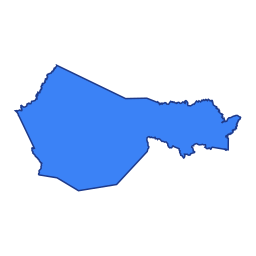 Derwent Valley, Tasmania, Australia
{"feature_id": "25037944B77062531378131", "entity_name": "Derwent Valley", "entity_type": "district", "adm_level": 2, "iso_a3": "AUS", "parent_name": "Australia", "parent_adm1": "Tasmania", "projection": "robinson", "projection_center": [146.703, -42.804], "detail": "fine", "context": "isolated", "style": "filled", "palette": "blue", "viewbox_px": 256, "rotation_deg": 0, "n_neighbors": 0, "source": "geoboundaries", "source_scale": "gbopen_adm2", "svg_char_len": 5827}
<svg xmlns="http://www.w3.org/2000/svg" viewBox="0 0 256 256"><path d="M219.6,111.0L218.9,109.9L218.8,110.0L218.9,109.4L217.3,109.0L217.4,108.4L216.6,108.3L216.7,108.0L216.2,107.9L216.5,106.7L215.6,106.5L213.3,104.9L212.8,102.5L212.5,102.5L212.1,101.4L212.5,101.3L212.3,100.6L211.3,100.9L211.2,100.5L210.0,100.8L209.8,100.4L208.3,99.3L207.4,100.7L206.7,100.2L206.8,100.0L205.8,99.4L204.8,100.5L203.7,99.7L202.8,100.7L202.0,100.1L200.6,101.9L198.9,100.8L198.1,102.0L196.5,101.0L194.2,104.2L193.8,104.0L193.2,104.2L191.1,105.6L190.2,105.9L189.1,105.6L188.0,105.6L187.6,104.5L187.8,103.3L187.6,102.4L186.5,101.0L185.9,100.6L185.2,100.9L184.7,101.5L184.8,102.0L185.5,102.8L185.1,103.4L183.8,102.3L182.8,101.9L181.5,103.1L180.7,103.4L180.0,103.4L179.5,102.7L178.8,102.3L178.1,102.4L177.6,102.8L177.1,102.6L176.8,102.8L176.7,103.3L176.3,103.4L176.0,103.0L174.9,102.8L174.3,102.1L173.6,102.4L172.8,102.4L172.5,102.1L173.1,101.9L172.6,101.7L171.6,101.9L171.6,101.7L171.1,101.6L170.7,101.3L169.6,102.7L168.9,103.9L168.4,104.3L166.7,104.0L166.3,103.6L166.3,103.2L165.9,102.9L165.0,102.6L164.1,103.2L163.0,103.3L162.7,103.7L162.6,103.4L161.9,103.1L161.0,103.5L161.3,104.0L161.0,104.1L160.7,104.0L160.4,103.4L160.0,103.3L159.7,103.7L159.9,104.2L159.7,104.5L159.2,103.9L159.3,103.2L158.4,102.7L158.4,102.4L157.7,101.9L157.6,102.3L157.2,102.3L146.8,98.2L125.6,98.6L56.7,65.3L56.8,65.7L56.3,66.7L55.5,67.3L55.4,68.1L54.6,68.0L54.1,68.3L54.1,69.0L53.9,69.3L54.2,69.7L53.2,70.4L53.1,71.0L52.3,71.3L52.4,71.6L51.9,71.6L51.2,73.0L50.9,73.2L50.6,73.1L50.3,73.4L49.1,73.6L48.7,74.1L48.1,74.1L47.8,74.5L47.5,74.5L47.4,75.0L47.0,75.1L46.9,75.7L47.4,76.2L47.4,76.7L47.6,77.0L47.2,77.3L47.1,78.3L46.0,78.7L46.1,78.9L46.5,79.1L46.6,79.4L45.7,79.4L45.9,79.7L45.4,79.8L45.1,80.3L45.0,80.6L45.2,82.0L44.6,82.0L44.5,82.9L43.5,83.5L42.5,83.4L42.4,83.6L43.1,83.8L42.5,84.2L42.4,84.7L42.5,85.2L42.1,85.5L41.7,85.4L41.7,85.8L41.1,86.4L41.3,86.9L41.2,87.1L41.8,87.6L41.7,88.8L41.4,89.3L41.0,89.2L41.0,89.7L40.5,89.8L40.3,90.4L40.4,90.8L40.0,90.9L39.8,91.5L39.9,92.6L39.1,92.9L38.5,92.4L37.9,92.2L37.7,93.6L37.9,93.9L37.4,94.2L37.6,95.2L37.1,95.1L37.0,94.0L36.2,95.1L36.0,96.0L36.1,96.6L37.1,96.9L36.6,97.9L37.0,98.6L36.9,99.1L35.9,99.0L35.1,100.5L32.8,101.2L31.8,101.2L31.4,101.8L31.2,103.0L30.8,103.7L29.8,103.7L29.1,103.2L29.0,103.7L27.8,103.6L27.4,104.1L27.0,104.1L26.9,104.5L27.0,104.8L26.7,105.9L25.1,106.9L23.9,107.2L22.7,106.5L21.4,105.4L20.9,105.7L21.1,106.3L20.9,107.0L21.2,107.3L21.0,107.8L21.7,108.2L21.5,109.0L22.0,109.9L21.6,110.2L21.6,110.6L21.1,110.7L20.9,110.3L20.4,110.4L19.6,110.0L19.1,110.4L18.1,110.6L17.4,111.2L16.8,110.6L15.4,110.8L17.0,112.3L18.1,113.9L18.5,115.6L18.9,115.9L34.4,148.3L33.5,148.6L32.8,147.9L32.1,147.9L31.9,148.2L31.9,148.8L32.1,149.5L32.0,150.7L32.9,151.7L33.0,152.4L32.8,152.6L33.0,153.3L33.7,153.7L34.2,154.5L34.7,154.8L35.2,155.6L35.2,155.9L35.6,156.2L35.6,156.5L36.1,156.7L36.4,157.2L37.2,157.6L37.2,157.9L37.5,158.0L37.9,158.6L38.2,158.8L38.2,159.2L38.9,159.6L39.4,160.9L40.3,161.7L40.2,162.0L40.8,162.8L41.5,162.8L41.8,163.2L41.4,163.5L41.3,164.9L41.5,165.5L41.0,166.4L41.1,167.1L41.0,167.5L41.2,168.0L40.6,169.1L39.1,170.6L39.1,171.7L39.4,172.4L39.1,173.1L38.7,173.4L38.6,174.3L39.0,174.6L39.1,174.9L57.0,177.8L78.5,190.7L116.6,184.5L147.2,151.5L147.9,148.8L148.6,148.1L148.8,147.1L148.8,146.6L148.0,145.8L147.9,142.4L147.2,141.9L147.2,141.0L146.8,140.2L146.9,139.3L147.1,137.7L148.5,136.7L149.5,136.7L150.1,137.6L151.5,137.1L152.0,137.6L152.7,137.6L153.1,137.8L155.1,137.3L155.3,137.6L155.1,138.6L155.3,138.8L157.1,138.7L157.5,138.9L157.7,139.4L158.1,138.9L158.9,138.7L160.0,139.3L161.9,141.4L162.8,141.3L164.2,141.8L164.5,142.1L166.0,141.9L167.7,143.7L167.8,145.3L168.3,146.0L168.4,146.7L169.8,147.9L170.5,147.7L171.6,147.8L172.4,146.7L172.6,146.1L173.1,145.9L174.1,146.7L178.9,148.6L179.2,148.8L179.1,149.9L179.4,150.4L180.1,151.0L179.6,151.9L180.0,153.1L180.6,153.6L180.5,154.0L180.7,155.2L182.1,155.8L183.6,158.0L184.2,157.7L184.6,156.9L184.9,155.5L184.5,154.2L186.3,154.3L187.2,154.2L188.2,155.1L189.7,155.1L190.1,155.0L190.4,154.1L190.8,153.6L191.4,153.6L192.4,153.0L193.8,152.8L194.5,152.5L194.7,151.9L194.6,151.7L193.1,150.9L193.3,150.2L192.7,147.9L191.7,147.3L191.7,147.0L191.9,146.3L192.7,145.7L193.6,145.8L193.7,145.0L194.3,144.4L196.3,143.6L196.9,143.6L197.6,144.2L199.2,144.9L201.3,144.7L202.3,144.3L203.5,144.8L205.4,144.7L205.4,145.4L205.7,146.0L204.9,147.2L205.7,147.4L206.2,148.3L206.6,148.6L208.0,148.7L208.3,148.2L208.8,148.3L209.3,148.0L210.3,148.4L210.2,148.7L210.4,149.2L211.2,148.9L211.7,147.6L212.2,147.2L225.0,149.3L225.0,149.1L225.8,149.2L225.6,150.1L226.0,150.2L226.1,149.6L228.2,149.8L228.3,138.3L227.4,138.1L227.6,137.0L225.8,136.8L226.0,136.0L226.6,136.1L226.7,135.7L226.9,135.7L227.0,135.5L227.7,135.6L227.9,134.6L228.6,134.7L228.8,134.1L230.1,134.3L230.3,133.4L231.1,133.6L231.1,133.2L232.0,133.2L232.6,132.1L232.9,132.2L233.0,131.7L232.5,130.8L233.1,130.5L232.8,130.1L233.6,129.7L233.8,130.0L234.0,129.6L234.9,129.8L235.1,129.0L235.5,129.0L235.6,128.4L236.4,128.5L236.4,128.1L236.1,128.0L236.2,127.6L235.8,127.5L235.9,126.8L236.4,126.8L236.6,125.7L237.1,125.8L237.2,125.1L236.9,124.7L236.5,124.6L236.6,124.0L236.9,123.3L237.2,123.3L237.4,122.7L237.6,122.7L237.8,121.9L237.6,122.0L238.2,120.6L238.4,120.7L238.5,120.2L238.7,120.3L239.8,118.9L240.0,119.0L240.6,117.4L240.3,117.0L239.8,117.0L238.7,116.4L237.6,115.5L236.6,115.4L235.6,115.5L234.9,116.0L234.2,115.9L233.8,116.2L233.1,116.3L230.8,117.6L228.9,117.8L227.6,119.2L227.0,120.9L225.4,121.6L223.8,121.5L222.2,122.6L222.0,122.4L223.3,121.3L223.8,121.1L225.3,121.2L224.7,120.6L224.0,118.2L223.1,118.8L222.1,117.5L222.4,117.5L222.2,117.0L222.5,116.9L222.3,116.4L222.6,116.3L222.2,115.0L222.7,114.6L221.8,113.8L221.4,114.2L219.0,112.0L219.1,111.9L218.8,111.6L219.6,111.0Z" fill="#3b82f6" stroke="#1e3a8a" stroke-width="1.5"/></svg>